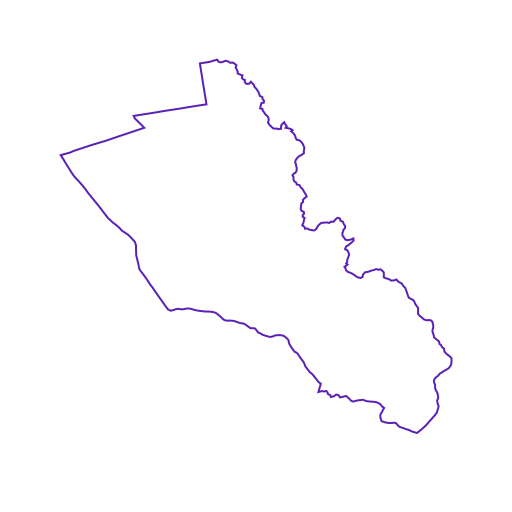 Plácido de Castro, Acre, Brazil, rotated 261°
{"feature_id": "56859067B28621005607403", "entity_name": "Plácido de Castro", "entity_type": "district", "adm_level": 2, "iso_a3": "BRA", "parent_name": "Brazil", "parent_adm1": "Acre", "projection": "natural_earth1", "projection_center": [-67.366, -10.241], "detail": "fine", "context": "isolated", "style": "outline", "palette": "violet", "viewbox_px": 512, "rotation_deg": 261, "n_neighbors": 0, "source": "geoboundaries", "source_scale": "gbopen_adm2", "svg_char_len": 5494}
<svg xmlns="http://www.w3.org/2000/svg" viewBox="0 0 512 512"><g transform="rotate(261 256 256)"><path d="M386.2,78.9L384.0,79.8L382.1,80.7L379.1,81.9L376.6,82.9L371.7,85.0L367.7,86.7L364.8,88.0L363.1,88.9L361.5,89.9L359.0,91.6L357.3,92.8L354.3,94.7L352.3,95.9L349.8,97.3L348.2,98.3L346.6,99.0L344.3,100.2L342.4,101.3L335.3,105.4L330.9,108.0L325.4,111.0L320.9,113.4L319.0,114.5L316.7,115.7L314.4,117.5L311.5,119.8L308.2,123.0L305.1,125.5L301.7,127.8L299.5,130.3L297.0,133.0L294.5,134.9L292.6,136.2L290.7,137.4L288.5,138.7L285.0,139.1L281.0,138.5L275.4,137.8L266.9,138.5L263.3,138.7L261.2,138.8L259.0,139.8L255.3,141.9L249.0,145.0L244.6,146.9L240.4,149.2L238.0,150.3L232.6,152.9L220.8,158.7L217.0,160.7L215.3,163.2L215.6,166.2L216.0,168.4L216.0,171.0L215.1,173.5L214.7,176.1L215.0,179.3L214.3,182.8L212.9,185.7L212.0,187.8L211.1,190.2L210.1,193.5L209.3,196.5L208.9,198.5L208.2,202.2L207.0,205.7L206.1,207.3L204.9,208.6L201.5,211.6L199.6,212.9L197.6,214.8L196.6,217.4L196.4,219.4L195.8,222.4L194.8,225.2L193.5,227.3L192.0,230.4L191.4,232.8L190.0,234.8L185.6,239.2L185.1,241.9L184.5,243.8L182.6,244.9L180.1,246.1L179.0,248.1L177.1,250.3L175.8,252.9L174.6,255.3L173.8,257.5L173.9,259.7L174.6,262.9L174.4,265.3L173.9,268.1L173.0,270.5L171.5,272.2L169.5,273.9L167.9,274.8L164.2,275.1L161.4,276.1L158.2,277.7L155.6,279.0L154.2,280.9L152.8,282.0L150.4,283.0L146.8,284.8L143.8,286.4L141.8,287.0L139.7,287.3L135.1,289.7L132.8,291.0L130.4,293.2L127.5,294.9L121.5,298.2L119.8,300.0L117.1,298.8L111.9,296.4L112.3,299.8L111.5,302.2L111.7,304.3L110.2,305.3L108.4,305.5L106.8,307.7L105.0,307.9L105.3,311.1L106.6,313.5L105.8,315.6L103.2,316.9L103.4,320.4L103.7,323.1L100.9,325.5L98.0,327.4L97.0,329.3L97.3,331.6L97.5,334.3L97.3,336.8L97.3,339.2L96.0,341.3L95.1,343.1L94.2,346.8L93.6,349.4L92.8,351.9L91.3,354.3L89.7,356.0L87.6,357.0L85.9,358.8L84.1,357.2L82.6,356.4L81.2,355.0L79.3,353.8L76.5,353.6L73.2,354.2L71.4,357.7L70.4,360.7L69.8,363.5L69.8,366.2L69.0,368.2L66.9,369.4L65.0,370.8L63.4,373.7L62.1,376.2L61.1,377.9L60.2,380.0L58.7,381.9L57.8,383.5L56.0,387.3L58.8,392.3L62.1,397.3L64.8,400.5L68.3,404.8L71.0,408.1L73.1,410.1L77.3,412.1L79.0,412.9L81.5,412.4L83.3,412.3L85.0,412.3L86.7,413.5L88.5,413.9L91.8,413.8L93.8,413.3L95.8,412.4L98.7,412.3L100.8,412.8L102.6,412.2L105.1,412.2L106.8,413.2L108.3,415.3L109.3,417.3L111.0,419.0L111.7,420.8L112.6,422.7L113.8,425.7L114.8,428.4L116.8,430.8L119.4,432.2L122.3,432.8L124.6,433.1L127.4,430.9L129.8,428.6L132.2,427.2L135.2,427.2L136.7,425.6L139.2,424.8L140.5,423.4L142.9,423.5L144.2,422.3L145.6,421.1L147.7,419.1L150.0,419.2L152.2,418.6L154.9,418.6L157.6,419.8L159.3,420.2L163.6,419.9L165.4,418.3L165.9,414.3L167.1,411.9L169.7,409.9L171.6,408.0L173.7,407.0L176.1,407.4L177.7,407.8L179.7,407.9L181.5,406.8L184.0,405.7L186.3,405.2L188.0,404.3L189.2,402.6L190.8,400.5L193.2,399.8L194.9,399.6L198.1,399.0L201.0,398.5L203.5,396.7L206.1,395.6L208.2,392.7L210.8,391.0L210.3,388.4L210.5,385.8L212.5,383.5L213.6,380.9L215.1,378.8L217.5,379.4L220.0,379.6L222.1,378.1L223.4,376.9L223.2,374.9L224.3,372.6L223.7,370.0L223.5,367.4L222.9,364.6L222.8,361.2L221.0,358.8L218.7,358.0L217.9,356.0L219.1,352.9L221.6,350.3L223.6,348.2L224.9,346.2L225.9,344.3L227.8,342.7L229.9,342.5L231.5,341.7L232.3,343.5L233.3,345.1L234.5,343.9L236.1,345.3L237.7,345.4L239.9,346.7L242.8,348.2L245.3,347.8L247.1,347.3L248.9,345.0L251.2,346.4L252.1,348.5L253.0,350.1L254.3,352.5L256.0,354.8L258.1,354.9L257.4,352.1L257.2,349.1L258.2,346.8L260.3,345.9L262.4,344.7L265.1,344.8L266.5,345.9L268.3,346.5L269.6,348.2L271.4,348.8L273.8,347.7L276.3,347.2L277.7,344.9L279.8,344.8L281.0,342.7L280.1,340.8L279.0,339.4L277.7,337.9L278.1,335.3L277.2,333.3L278.1,331.1L278.5,325.7L277.4,323.8L275.9,321.7L273.2,319.8L272.1,317.4L272.9,314.8L273.8,312.6L275.3,310.6L275.2,308.7L277.4,308.3L279.0,306.5L281.0,307.8L282.8,308.6L284.3,309.1L286.1,310.0L287.3,308.3L289.2,308.6L290.2,310.1L292.1,310.1L293.4,308.1L295.5,307.5L298.0,308.2L300.8,309.0L302.0,311.0L304.0,311.1L305.3,312.6L306.7,315.3L308.7,315.0L311.2,313.8L313.2,313.1L314.9,312.4L316.7,311.0L319.2,310.0L320.3,307.4L322.2,307.2L323.9,305.4L325.8,305.0L328.1,305.4L330.0,304.6L331.2,305.8L332.1,308.0L333.9,309.5L336.7,310.0L338.5,309.8L340.5,309.8L342.5,309.3L344.3,310.1L345.9,311.5L347.7,313.9L348.7,316.7L350.0,319.4L352.1,319.6L353.7,320.2L355.5,320.7L357.4,320.2L359.8,319.6L362.1,318.2L363.5,316.9L364.4,314.5L366.2,313.7L368.1,313.6L369.9,312.9L371.9,311.8L373.6,310.2L374.6,311.8L376.2,309.9L377.3,307.4L378.0,305.3L379.5,306.7L381.4,305.5L383.7,304.8L382.6,302.9L381.0,301.3L379.5,301.0L377.7,300.6L377.7,298.4L378.6,296.4L378.9,294.1L379.9,292.4L381.5,291.3L383.4,289.8L386.0,288.7L388.2,289.8L390.3,290.0L392.5,289.1L394.4,287.4L396.4,286.6L398.4,285.4L400.2,285.4L401.1,283.2L403.8,284.2L406.3,285.4L406.2,287.6L408.1,288.2L409.9,287.0L411.8,287.2L413.5,284.8L415.7,284.5L417.8,284.0L419.5,283.2L421.4,282.3L423.2,280.9L424.9,280.9L427.1,279.4L428.9,278.2L427.3,276.3L427.5,273.3L429.7,272.1L431.7,272.5L432.6,270.8L434.2,269.9L436.5,270.9L437.8,268.6L439.1,266.5L441.0,266.8L443.1,266.1L445.5,265.4L447.5,266.5L449.2,265.1L450.7,263.2L450.9,260.7L452.4,259.1L453.6,256.3L453.0,253.9L452.7,251.6L453.8,249.3L456.0,248.4L455.0,240.4L455.0,230.7L443.5,230.7L434.9,230.7L416.5,230.8L413.5,230.8L413.6,224.0L413.6,213.8L413.5,204.9L413.6,189.7L413.5,178.8L413.5,170.8L413.5,157.1L410.9,157.8L402.7,163.9L400.1,165.7L395.6,138.7L393.3,125.7L391.4,111.4L388.2,91.8L387.3,88.9L386.2,78.9Z" fill="none" stroke="#5b21b6" stroke-width="2"/></g></svg>